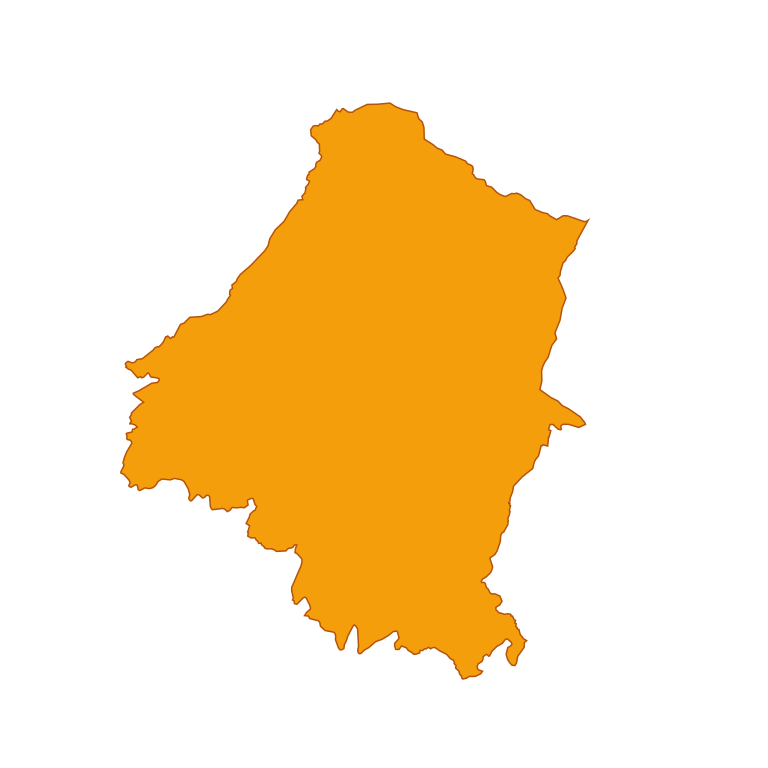 the district of Phichai, Uttaradit, Thailand, rotated 296°
{"feature_id": "78962969B15647652968597", "entity_name": "Phichai", "entity_type": "district", "adm_level": 2, "iso_a3": "THA", "parent_name": "Thailand", "parent_adm1": "Uttaradit", "projection": "albers", "projection_center": [100.068, 17.291], "detail": "fine", "context": "isolated", "style": "filled", "palette": "amber", "viewbox_px": 768, "rotation_deg": 296, "n_neighbors": 0, "source": "geoboundaries", "source_scale": "gbopen_adm2", "svg_char_len": 6171}
<svg xmlns="http://www.w3.org/2000/svg" viewBox="0 0 768 768"><g transform="rotate(296 384 384)"><path d="M580.5,206.6L575.2,209.8L573.7,215.7L572.1,217.9L571.3,220.7L565.3,224.0L563.0,224.3L561.8,227.6L561.0,228.4L557.2,228.5L553.8,226.3L551.5,226.4L549.6,227.4L547.2,227.1L541.6,223.8L539.3,224.7L538.4,223.9L534.6,224.4L533.9,224.8L533.7,228.1L530.8,228.4L526.2,227.3L525.4,228.1L521.2,229.2L516.7,227.9L514.1,230.2L511.6,226.2L508.0,226.4L497.6,223.7L486.4,222.9L475.0,218.7L464.3,217.7L457.5,219.2L451.4,218.4L432.0,212.2L419.4,206.8L414.2,206.0L411.2,206.3L406.4,203.9L403.3,205.9L401.1,204.6L399.6,204.8L397.0,205.9L396.4,207.1L390.9,206.2L388.9,206.4L376.5,202.6L370.2,197.5L369.4,195.0L364.5,190.2L358.8,180.2L351.3,177.7L348.3,174.9L334.0,174.6L333.6,173.1L331.3,172.3L332.3,168.5L331.0,168.0L330.8,167.2L324.7,167.2L320.7,166.2L318.5,165.2L318.5,164.3L316.4,162.3L313.4,161.7L300.8,155.7L297.6,151.2L294.9,150.7L293.3,149.5L292.5,148.0L292.2,144.0L289.5,142.6L288.2,143.0L287.2,144.8L286.0,144.5L285.4,147.4L285.4,151.1L281.6,159.9L283.9,162.1L283.3,163.3L284.7,165.0L290.5,166.9L290.3,168.1L288.1,171.3L290.1,177.8L290.1,179.5L289.4,180.3L286.1,179.8L282.9,174.9L270.4,166.6L265.8,162.7L264.8,163.5L262.2,176.0L258.6,173.6L247.1,169.7L245.8,170.4L242.5,170.0L239.8,173.4L237.9,172.8L236.8,173.1L237.6,174.5L238.1,178.1L237.2,181.2L233.7,179.0L233.2,177.9L230.2,178.4L227.1,174.4L226.2,174.2L224.4,176.0L221.9,176.8L221.6,178.5L222.3,179.7L221.8,181.8L220.3,183.3L210.3,182.5L204.2,182.9L198.6,184.0L197.9,185.1L196.3,186.0L189.7,186.0L188.7,186.5L188.7,190.0L186.0,196.7L184.2,199.0L180.6,199.2L180.2,200.0L180.3,201.9L184.5,204.8L184.9,205.8L184.6,206.8L181.2,209.5L181.2,211.2L185.8,214.6L187.1,219.0L189.5,221.7L192.6,223.2L197.3,223.7L201.2,226.0L204.2,234.0L207.3,237.1L209.1,243.8L208.8,246.9L204.0,254.0L199.3,258.0L195.9,258.5L194.5,259.9L194.2,261.6L194.8,262.2L202.7,264.6L203.3,266.5L202.0,270.9L203.0,272.1L206.5,273.6L206.9,275.4L206.3,276.6L197.8,281.6L196.2,283.6L195.8,284.9L201.4,293.5L201.7,295.8L200.6,299.1L203.0,300.9L206.4,301.6L208.3,306.3L210.2,308.9L211.6,312.8L215.6,314.9L219.2,312.4L220.2,312.4L223.1,315.0L223.6,316.7L219.2,320.8L218.3,323.2L214.2,323.5L212.6,322.3L208.4,320.7L205.1,321.3L198.2,321.2L197.6,325.4L191.0,326.4L190.9,327.2L187.6,328.2L187.3,331.7L189.2,335.8L187.7,337.5L187.3,339.4L185.9,341.2L187.1,343.4L185.8,344.4L185.3,347.2L184.2,348.9L184.5,351.2L186.3,354.5L186.9,358.0L186.4,360.7L191.0,369.0L194.1,370.0L197.0,373.6L200.2,374.1L201.1,376.2L197.6,376.5L193.4,377.9L193.4,380.5L190.7,386.8L188.5,388.2L184.4,389.1L160.9,390.2L157.9,391.5L151.8,396.4L149.8,396.4L149.7,398.1L147.4,399.8L147.8,402.2L156.4,405.2L157.6,406.2L157.6,407.8L152.7,414.2L150.4,416.2L149.1,416.4L144.7,414.5L141.0,414.1L142.3,417.9L140.6,420.0L142.4,428.7L141.6,430.8L138.4,433.1L136.6,439.1L138.8,447.3L138.7,448.8L136.6,450.9L132.9,452.5L127.0,458.6L125.8,460.9L126.4,462.4L128.6,463.9L132.7,462.6L135.8,462.8L141.7,462.0L153.0,462.3L154.5,463.0L153.7,465.6L152.3,467.6L137.1,476.1L133.1,477.1L131.0,478.9L130.9,480.4L131.7,481.4L136.2,483.0L140.5,485.9L148.7,489.4L153.6,494.1L159.8,498.2L165.4,500.7L167.4,503.5L167.2,504.6L162.6,508.6L161.5,508.9L155.6,507.3L153.4,508.3L150.6,510.8L152.0,513.9L156.2,514.6L156.7,519.7L155.1,522.7L154.9,526.5L154.1,528.9L154.9,530.8L157.8,533.9L160.3,533.2L161.3,535.5L163.8,536.5L164.2,537.9L166.9,539.4L166.4,542.0L168.0,542.9L169.5,545.2L168.6,551.1L168.5,558.8L166.2,564.1L166.1,567.6L164.5,569.4L163.4,569.6L162.7,572.0L160.1,572.9L158.7,577.3L156.5,579.0L155.5,581.5L153.4,583.4L153.5,584.3L155.6,587.0L158.5,588.8L161.2,594.2L165.9,597.9L169.0,598.5L168.5,593.9L169.7,592.4L171.5,591.4L173.6,591.3L177.4,593.6L179.5,593.7L182.5,592.7L186.0,594.5L185.3,597.5L185.8,598.1L191.2,598.2L197.4,600.4L202.7,604.0L207.8,605.1L209.0,606.7L207.6,611.7L206.2,613.0L204.1,612.7L201.4,610.8L194.6,612.3L190.7,615.8L188.7,618.9L187.4,622.1L188.3,625.1L191.3,625.4L197.8,623.6L208.8,625.4L213.0,623.5L215.9,624.7L216.2,621.2L218.7,616.1L222.5,612.9L222.3,611.1L223.5,610.4L223.8,608.8L226.5,607.9L226.6,606.2L229.2,605.9L229.3,604.2L231.7,601.2L231.3,599.7L232.6,598.9L231.7,595.9L229.8,593.2L229.2,588.9L228.6,588.1L230.3,583.4L232.4,582.5L236.3,584.9L240.5,585.3L244.2,581.1L244.0,575.7L242.4,572.4L243.1,570.3L245.2,567.8L246.1,565.1L249.2,562.4L249.5,560.9L248.4,558.7L249.2,557.9L251.8,558.1L255.4,560.4L260.9,562.4L263.1,562.5L267.3,561.8L273.9,555.4L279.4,558.4L283.6,558.8L293.3,557.6L299.4,555.2L302.5,555.5L303.4,556.5L312.2,556.9L314.5,555.7L315.1,556.0L317.5,554.2L321.2,554.0L324.8,553.1L325.0,552.2L330.1,551.1L330.1,550.1L331.6,549.7L331.3,548.6L332.1,548.0L333.1,548.8L336.9,547.4L344.0,546.7L348.9,545.2L361.3,549.0L373.2,554.7L379.1,553.4L382.3,553.3L387.1,554.4L397.5,552.3L397.9,553.3L399.1,553.5L400.0,558.3L408.4,555.2L408.7,555.6L415.2,554.4L415.1,552.0L420.4,550.9L421.7,553.7L419.7,560.2L420.3,562.9L421.3,563.2L423.6,561.2L426.2,562.4L428.7,567.7L430.3,578.0L436.0,582.8L437.4,581.3L440.5,574.8L442.6,560.7L442.7,553.7L444.9,547.9L445.0,539.8L447.3,526.6L455.8,524.6L464.6,520.0L468.7,519.1L473.9,518.9L480.0,519.8L492.3,517.9L500.2,519.4L504.9,515.2L518.2,514.3L530.1,510.9L541.1,509.9L548.0,502.9L555.5,494.0L558.9,494.6L562.3,493.3L571.3,491.8L574.7,493.1L578.2,493.0L586.3,495.9L589.6,496.5L590.3,495.4L594.5,495.8L597.6,494.6L620.7,495.7L618.8,494.5L617.7,492.8L615.6,475.3L613.8,471.3L607.3,467.0L607.9,458.8L608.8,456.4L607.6,451.5L607.1,444.2L607.4,442.8L612.8,434.6L612.6,430.0L614.0,424.2L613.7,419.6L612.1,417.6L611.2,415.2L605.7,411.0L605.1,405.5L605.8,400.9L608.1,394.5L607.2,389.1L610.4,386.4L611.5,384.5L609.3,378.0L609.4,375.6L611.2,373.1L611.7,371.2L616.2,370.0L618.4,368.3L618.9,365.8L618.5,362.7L620.1,359.6L619.6,349.1L617.6,338.4L619.7,333.8L619.3,328.1L620.6,323.2L621.8,312.8L632.0,307.5L636.3,303.5L637.7,298.9L642.2,294.7L639.0,281.2L638.3,272.5L639.1,266.2L632.6,255.5L627.9,246.3L617.5,238.1L614.2,236.4L612.7,232.5L613.7,226.5L613.0,225.8L609.5,225.3L609.1,223.3L609.9,221.2L599.6,220.0L595.5,217.8L594.3,215.7L590.7,214.7L589.7,212.5L587.3,211.9L586.2,209.1L584.7,207.3L580.5,206.6Z" fill="#f59e0b" stroke="#b45309" stroke-width="1.5"/></g></svg>